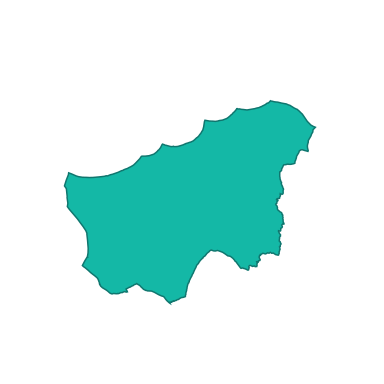 Medina Yoroufoula, Kolda, Senegal, rotated 310°
{"feature_id": "50182788B71056203552440", "entity_name": "Medina Yoroufoula", "entity_type": "district", "adm_level": 2, "iso_a3": "SEN", "parent_name": "Senegal", "parent_adm1": "Kolda", "projection": "natural_earth1", "projection_center": [-14.81, 13.235], "detail": "fine", "context": "isolated", "style": "filled", "palette": "teal", "viewbox_px": 384, "rotation_deg": 310, "n_neighbors": 0, "source": "geoboundaries", "source_scale": "gbopen_adm2", "svg_char_len": 6036}
<svg xmlns="http://www.w3.org/2000/svg" viewBox="0 0 384 384"><g transform="rotate(310 192 192)"><path d="M92.6,246.7L93.0,245.9L93.5,245.9L94.3,247.1L94.6,246.8L95.0,246.9L95.3,247.4L96.3,247.6L96.4,248.0L96.8,247.9L97.0,248.6L98.0,248.9L98.6,249.5L99.2,249.7L100.1,249.9L100.8,250.6L101.5,250.9L102.0,250.9L103.3,251.3L104.5,251.9L105.5,252.9L106.9,253.7L107.3,254.4L107.2,254.5L108.7,253.3L109.4,253.2L110.8,252.1L113.1,251.2L113.5,250.7L114.5,250.4L115.8,249.5L118.4,248.2L120.0,247.7L120.3,247.9L121.2,247.5L121.6,247.5L122.3,246.9L122.8,246.9L125.5,246.2L127.8,245.8L128.8,245.3L130.7,245.1L132.0,244.6L135.7,243.6L136.3,243.6L138.5,242.8L139.5,242.7L139.8,242.6L141.3,242.9L142.6,242.4L143.2,242.6L143.7,242.4L145.5,242.4L147.4,242.6L147.9,242.5L148.4,242.8L148.7,242.6L150.1,242.6L150.7,242.9L151.7,243.1L152.6,242.9L153.1,243.1L153.7,242.9L155.2,243.0L157.5,243.5L158.5,243.4L159.6,243.9L160.0,244.2L160.2,244.9L160.9,246.6L161.9,247.9L163.5,249.0L164.1,250.2L165.5,254.2L165.9,257.4L166.1,260.5L167.0,261.9L167.4,263.0L167.5,265.9L167.2,268.0L166.7,269.4L166.8,271.2L166.4,272.1L166.0,273.9L165.0,278.1L165.1,278.7L166.1,279.4L166.4,279.7L166.6,280.6L167.2,281.8L167.9,284.0L167.8,284.5L168.4,285.3L168.7,285.4L170.8,284.4L171.0,283.9L171.5,283.4L172.6,283.3L173.4,284.1L173.9,286.2L175.3,287.2L175.5,287.5L175.4,288.4L175.7,288.5L176.5,289.5L177.6,289.0L178.7,287.9L179.6,287.7L180.0,287.5L180.0,286.6L180.2,286.3L180.5,286.6L181.0,287.7L181.5,287.3L182.1,287.2L182.5,287.4L182.8,287.9L183.1,288.0L183.9,287.8L185.1,285.4L186.4,284.7L186.8,284.6L187.2,285.1L187.5,285.2L187.8,284.7L188.1,284.5L189.2,285.3L190.4,285.5L190.8,286.0L191.6,287.8L192.1,288.3L194.0,289.0L194.4,289.9L194.9,290.5L196.1,290.7L196.3,292.4L197.5,293.6L197.8,296.3L199.0,298.6L199.3,298.8L199.8,298.7L200.3,298.3L201.1,298.2L202.1,297.2L203.3,296.9L204.0,296.3L204.7,296.3L206.3,294.3L206.6,294.5L207.0,294.6L208.0,293.8L209.4,293.6L209.5,293.1L209.8,293.0L210.1,292.1L210.6,291.5L210.5,290.4L211.7,289.5L212.9,288.8L213.5,288.2L214.6,288.0L215.0,288.1L215.2,287.8L216.0,287.5L216.6,285.2L217.0,284.7L217.4,283.6L218.0,283.2L218.8,284.7L219.2,284.8L220.0,284.4L221.2,283.3L222.2,283.8L223.2,283.7L223.6,283.4L224.3,282.0L226.0,282.0L226.0,282.5L226.5,283.0L227.2,282.5L227.3,281.5L227.8,281.1L228.0,280.7L229.1,279.8L229.5,279.4L229.8,278.7L231.0,278.1L231.8,276.8L232.6,276.5L232.8,276.0L232.8,275.2L233.4,274.7L233.6,274.3L233.7,273.3L233.4,272.5L233.5,271.2L233.4,269.9L233.6,268.8L234.4,267.8L235.1,267.4L236.0,265.8L236.1,264.6L236.4,264.2L237.0,263.9L237.8,264.2L239.3,263.2L240.4,263.4L240.9,263.2L241.0,262.7L240.5,262.0L240.4,261.7L240.6,261.5L240.8,261.5L241.7,261.6L241.8,261.8L242.3,262.1L243.4,263.1L244.9,262.3L245.8,262.2L246.4,261.8L246.7,261.2L247.3,260.8L247.3,261.3L247.9,261.8L248.2,262.5L248.9,262.8L249.8,262.5L251.6,260.9L253.0,260.3L253.3,259.8L253.5,259.0L254.1,258.4L254.3,257.7L254.6,257.4L255.1,256.1L255.7,255.3L255.8,254.9L256.5,254.7L257.0,254.3L257.0,253.8L257.3,253.0L257.9,252.4L258.1,251.9L258.5,251.2L259.9,249.8L260.3,249.2L263.8,246.3L264.3,246.6L265.1,246.7L266.4,246.6L267.6,245.6L268.4,245.7L270.8,245.0L271.7,244.8L273.5,246.5L273.8,246.5L274.3,247.0L275.0,247.5L275.3,248.2L276.7,249.9L279.0,251.7L280.1,252.3L281.7,251.2L282.7,251.0L285.0,250.1L286.8,249.1L290.8,248.5L292.4,247.8L293.3,248.1L293.8,248.1L294.8,248.8L295.3,249.4L296.4,252.1L296.9,253.0L297.6,254.7L298.3,254.5L300.0,252.2L301.5,250.7L303.3,249.7L304.6,249.2L306.2,248.0L311.3,247.1L313.4,246.3L315.5,246.0L317.5,244.7L320.9,244.9L320.2,242.8L319.7,239.9L320.2,234.9L322.6,226.4L322.6,225.4L322.9,222.0L322.9,219.3L322.6,218.6L322.0,216.2L321.3,211.1L320.8,210.2L320.1,207.7L317.7,203.5L316.0,200.0L314.2,197.4L312.8,194.5L312.3,194.1L312.3,193.5L310.0,193.4L308.8,193.0L308.7,192.7L308.2,192.4L305.9,191.9L302.8,190.5L302.2,190.4L301.0,189.6L299.9,189.2L297.6,187.4L296.2,186.5L290.2,181.4L288.2,178.3L287.0,176.6L286.2,175.0L285.3,174.1L284.9,172.9L284.5,172.7L284.0,172.9L280.8,172.9L278.9,172.6L277.3,172.7L276.0,172.3L275.1,172.3L272.2,171.8L270.5,171.3L266.6,169.1L264.3,167.0L262.9,166.1L261.1,164.5L260.0,162.9L257.6,159.8L255.3,155.8L253.9,156.3L249.5,159.0L246.3,160.5L245.0,160.6L242.2,161.1L241.5,161.0L239.1,161.2L237.2,161.0L236.5,160.7L233.6,160.4L231.7,160.0L229.2,158.8L228.6,158.3L226.7,157.2L225.1,156.1L224.2,155.9L223.8,155.4L223.2,155.3L222.1,154.7L218.0,152.0L216.8,150.9L215.2,149.0L215.1,148.4L214.8,148.3L213.4,146.9L212.9,146.0L211.2,142.3L210.5,141.1L210.4,140.3L209.7,138.6L209.1,138.6L205.7,139.4L203.0,139.5L201.9,139.2L200.9,139.3L198.8,139.0L196.4,138.4L192.2,135.8L189.5,133.2L187.4,130.7L186.7,130.3L183.9,130.6L177.6,130.2L175.0,129.9L171.6,128.7L170.7,128.2L168.3,127.3L167.6,126.8L165.3,125.5L164.4,125.3L162.8,124.2L159.7,122.8L154.5,119.7L152.8,118.4L150.1,117.0L149.2,115.8L147.7,114.8L144.2,111.5L139.6,106.9L137.2,104.2L135.1,101.4L133.0,98.8L130.9,95.4L129.9,93.1L128.5,88.3L127.4,85.2L125.8,86.2L120.2,88.1L114.7,90.4L113.8,93.6L108.3,99.3L107.4,99.9L103.9,103.8L103.2,104.4L100.7,105.9L99.9,109.0L97.8,121.5L96.6,126.3L95.5,131.0L94.9,132.9L94.6,134.1L94.0,135.8L92.8,138.1L92.2,138.5L87.8,143.1L82.1,148.7L78.4,151.6L75.1,153.5L75.0,153.8L74.7,153.5L70.1,154.2L65.2,155.3L65.1,157.0L65.3,158.9L65.3,162.9L65.1,166.1L65.2,169.4L65.3,170.7L65.3,174.4L64.9,175.9L64.4,176.8L64.1,177.5L63.6,178.2L63.0,179.4L62.4,179.9L62.2,180.6L61.7,180.8L61.8,181.4L61.5,181.8L61.2,182.5L61.1,185.0L61.7,188.7L61.9,190.9L61.8,193.9L61.9,194.6L62.3,195.8L62.7,196.4L63.8,197.1L65.0,198.8L65.4,199.4L66.1,200.2L66.5,200.3L66.7,200.8L67.2,201.2L69.1,202.1L70.2,203.3L72.0,204.0L72.7,205.1L73.0,205.9L74.0,206.7L74.5,205.8L74.8,204.6L75.2,204.0L75.6,203.8L76.5,204.4L78.8,205.2L79.0,205.6L81.5,206.5L82.3,207.0L83.8,207.3L85.8,208.5L86.3,208.5L86.5,210.6L86.7,211.1L86.8,212.7L86.5,214.1L86.5,215.2L86.3,217.4L86.9,219.9L87.4,220.6L87.6,221.4L90.1,224.7L91.0,227.7L91.9,232.4L92.8,235.5L93.5,237.0L93.6,238.2L92.9,240.9L92.6,242.8L92.5,245.7L92.6,246.7Z" fill="#14b8a6" stroke="#0f766e" stroke-width="1.5"/></g></svg>